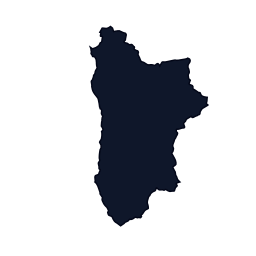 outline of Nong Son, Quàng Nam, Vietnam, rotated 118°
{"feature_id": "81297802B33972751107769", "entity_name": "Nong Son", "entity_type": "district", "adm_level": 2, "iso_a3": "VNM", "parent_name": "Vietnam", "parent_adm1": "Quàng Nam", "projection": "robinson", "projection_center": [107.988, 15.651], "detail": "fine", "context": "isolated", "style": "filled", "palette": "ink", "viewbox_px": 256, "rotation_deg": 118, "n_neighbors": 0, "source": "geoboundaries", "source_scale": "gbopen_adm2", "svg_char_len": 5699}
<svg xmlns="http://www.w3.org/2000/svg" viewBox="0 0 256 256"><g transform="rotate(118 128 128)"><path d="M63.7,72.5L64.0,73.1L64.8,75.6L65.0,77.5L64.6,78.9L63.0,81.0L63.1,81.5L63.4,81.8L63.6,82.2L63.1,86.2L63.0,88.7L62.7,89.2L61.8,89.7L60.9,90.2L60.4,91.1L60.4,92.0L60.6,93.2L60.6,94.2L60.3,94.9L57.9,95.3L56.7,95.4L56.4,95.8L56.2,97.0L55.8,97.8L53.2,99.6L52.3,99.9L51.3,99.9L50.7,99.9L49.8,100.2L48.1,101.5L47.3,102.3L46.5,103.4L45.6,103.9L44.5,104.4L43.3,104.6L41.4,104.4L40.4,104.4L39.1,104.9L38.4,105.7L38.2,106.5L38.3,108.1L39.2,108.6L40.3,109.8L44.6,115.4L45.4,116.8L45.9,118.2L46.4,119.0L51.9,125.6L52.5,126.5L53.3,128.2L53.5,128.5L53.9,128.8L54.6,128.9L58.1,129.0L58.3,129.0L57.6,129.9L57.3,130.9L57.1,131.8L57.5,132.4L58.3,132.9L59.8,133.4L60.2,133.8L60.7,135.8L61.0,136.7L61.6,137.9L62.5,139.1L63.0,140.7L62.7,144.9L63.0,146.7L63.2,147.4L62.1,149.1L60.6,150.8L59.4,152.5L58.1,154.0L56.6,154.2L56.1,154.6L55.6,155.1L55.4,155.6L55.4,156.1L55.6,156.9L55.7,157.9L55.5,159.6L55.1,159.9L53.7,160.2L53.4,160.5L53.3,161.5L53.0,162.1L52.6,163.2L52.6,164.1L52.8,164.4L53.1,164.8L53.5,165.3L53.8,165.9L53.9,166.3L53.6,167.9L53.6,168.8L54.1,170.2L54.1,171.0L53.9,172.1L53.7,172.2L53.3,172.2L52.0,171.8L51.6,171.7L51.2,171.8L50.5,172.1L48.2,172.8L46.6,173.3L46.2,173.7L45.8,174.2L45.6,174.6L45.6,175.0L45.7,175.3L46.0,176.7L46.1,177.8L46.3,181.3L47.1,182.7L49.6,186.0L47.1,188.6L46.6,191.1L48.5,192.1L50.0,193.4L50.4,194.1L51.6,197.1L52.0,197.7L54.0,197.7L56.7,197.8L56.6,197.0L56.9,196.5L57.4,196.3L59.2,195.8L59.7,195.5L59.8,195.3L59.8,195.1L59.3,193.9L59.3,193.7L59.4,193.4L59.8,193.2L61.9,192.5L63.7,191.8L64.8,191.7L65.7,192.4L66.0,192.5L67.1,192.4L68.9,192.4L69.4,192.5L70.2,193.1L71.3,193.6L72.0,194.0L74.0,195.8L74.7,196.8L74.8,197.2L74.8,197.6L74.5,198.2L74.4,199.1L75.2,198.2L75.9,197.6L76.7,197.1L77.8,196.2L78.4,195.9L79.0,195.8L79.7,195.5L80.4,194.1L81.0,193.4L81.4,192.8L81.4,192.5L81.0,191.7L80.9,191.4L80.9,190.9L81.1,190.2L82.6,188.1L83.6,187.5L84.7,186.7L85.8,186.1L87.1,185.3L87.9,184.7L89.1,183.6L89.7,183.4L90.6,183.4L91.9,183.5L92.8,183.5L93.8,183.3L94.9,182.9L95.9,182.7L96.7,182.8L97.5,183.1L99.1,182.5L100.3,182.3L102.2,182.0L103.3,182.3L103.9,182.3L104.5,182.0L107.3,179.9L108.1,179.6L108.8,179.1L110.8,177.4L111.9,176.2L112.7,175.0L113.5,173.6L114.6,171.1L115.8,168.5L116.9,167.4L120.1,164.8L122.8,162.9L123.2,162.1L124.0,161.7L124.0,160.6L124.5,159.8L125.1,159.4L125.8,159.0L126.3,158.9L127.9,158.1L128.6,157.1L129.0,156.6L129.1,156.1L129.4,155.9L129.7,155.7L130.7,155.7L131.6,155.4L133.1,154.8L133.6,154.4L135.2,154.0L138.4,152.6L138.9,152.3L139.7,150.8L140.4,150.0L141.0,149.3L141.4,149.2L142.0,149.3L143.2,149.6L143.7,149.6L144.1,149.1L144.3,148.9L145.9,148.0L147.3,147.3L149.6,146.5L150.2,146.3L150.8,146.3L153.0,146.5L153.8,146.4L154.0,146.3L155.7,143.8L156.1,143.5L157.8,142.6L158.4,142.4L160.3,142.4L163.2,141.4L165.2,140.6L167.3,139.6L168.2,139.1L169.6,137.9L170.0,137.7L170.8,137.6L172.3,137.8L173.0,137.6L173.5,137.3L175.6,135.5L177.3,134.6L177.5,134.4L177.6,134.2L177.8,133.3L177.9,132.9L178.7,132.7L181.0,132.5L182.2,132.2L182.6,132.3L183.1,132.5L183.8,133.0L184.6,133.8L185.3,134.3L185.7,134.4L186.2,134.3L186.8,134.2L190.4,131.9L191.0,131.7L191.2,131.8L191.8,129.8L193.3,127.5L195.0,125.6L197.9,122.5L199.3,121.7L201.1,118.3L201.5,117.9L201.8,117.7L202.6,117.6L203.3,117.3L203.8,116.9L204.3,116.4L205.2,115.2L206.0,114.1L206.6,113.1L207.3,111.5L207.7,110.2L208.0,109.2L209.8,106.7L210.1,106.4L210.4,106.3L211.8,106.3L212.2,106.2L213.2,105.2L213.7,104.6L213.9,104.2L214.0,103.9L213.7,101.1L213.8,100.6L214.1,100.0L215.5,98.2L216.3,96.8L216.7,96.0L217.0,94.7L217.1,93.0L217.8,88.6L214.1,86.7L212.8,86.4L212.3,86.2L211.7,85.6L209.9,84.3L209.2,84.1L208.5,84.0L208.0,83.8L207.7,83.5L207.5,83.1L207.4,82.6L206.9,82.0L206.3,81.4L205.7,81.0L204.0,80.1L203.3,79.6L203.1,79.3L202.9,77.7L202.6,77.3L201.9,76.5L201.7,76.2L201.6,75.4L201.4,75.0L201.2,74.8L200.5,74.6L200.0,74.6L199.7,74.6L199.6,74.8L199.4,75.3L199.2,75.4L198.5,75.5L198.1,75.3L197.6,75.1L197.1,74.9L193.9,74.6L192.9,74.4L191.6,73.8L190.4,72.9L189.8,72.5L189.4,72.4L189.2,72.5L188.2,73.1L186.9,74.1L185.6,75.4L185.0,75.9L183.9,76.4L183.1,76.7L180.3,77.3L179.0,77.5L178.2,77.4L177.5,77.1L175.6,77.2L174.9,77.1L173.1,76.4L172.3,75.9L170.9,74.8L170.4,74.6L169.7,74.6L167.6,74.8L167.4,74.6L167.4,74.4L167.7,73.1L167.9,72.1L167.9,71.4L167.8,71.1L166.2,68.3L166.1,67.3L165.8,66.8L165.5,66.6L165.0,66.4L164.7,66.1L164.5,65.7L164.5,65.1L164.6,64.0L164.6,63.1L164.4,61.6L164.2,61.1L163.1,59.6L162.1,57.9L161.8,57.6L161.5,57.6L159.4,58.0L158.3,58.1L157.7,57.9L156.3,57.5L155.9,57.5L155.4,58.1L154.8,59.3L154.6,59.4L154.1,59.2L153.2,58.7L152.2,57.8L151.3,56.9L151.0,57.9L150.7,58.8L150.4,59.6L150.1,60.2L148.0,62.5L147.5,63.5L147.1,63.9L144.7,65.7L143.9,67.0L142.1,69.5L141.8,69.9L141.5,70.1L141.2,70.1L138.6,68.9L137.5,68.7L136.0,69.5L134.3,71.0L132.8,73.0L130.1,77.2L129.8,77.4L129.2,77.6L128.8,77.6L128.1,77.4L127.4,77.4L125.0,78.1L124.5,78.5L123.8,79.3L123.2,79.9L122.3,80.4L121.2,80.7L119.9,80.9L118.2,81.1L117.0,81.4L115.9,81.5L115.1,81.4L114.1,81.3L113.1,81.5L111.0,81.4L109.8,81.6L109.2,81.9L108.8,82.6L108.6,83.5L108.1,84.0L107.2,84.4L106.7,84.5L106.3,84.4L105.9,83.9L105.1,82.6L102.7,80.3L102.0,79.2L101.5,78.6L101.1,78.4L100.5,78.5L98.3,80.8L97.3,81.1L96.3,80.9L95.4,80.5L94.3,80.5L93.1,80.6L92.1,80.2L90.3,79.1L88.0,77.7L88.4,76.8L88.5,76.3L88.3,75.8L87.6,75.1L86.6,74.5L85.2,73.4L84.5,72.7L84.0,72.4L83.4,72.3L83.1,72.0L82.9,71.6L82.6,71.4L82.4,71.3L81.9,71.2L81.4,71.3L80.5,71.7L79.6,71.9L78.5,71.9L76.4,71.7L75.8,71.5L70.3,68.2L70.1,68.3L69.9,69.7L69.7,70.1L69.4,70.4L68.9,70.6L68.2,70.7L67.2,71.0L66.0,71.5L65.0,72.0L64.0,72.3L63.7,72.5Z" fill="#0f172a" stroke="#020617" stroke-width="1.5"/></g></svg>